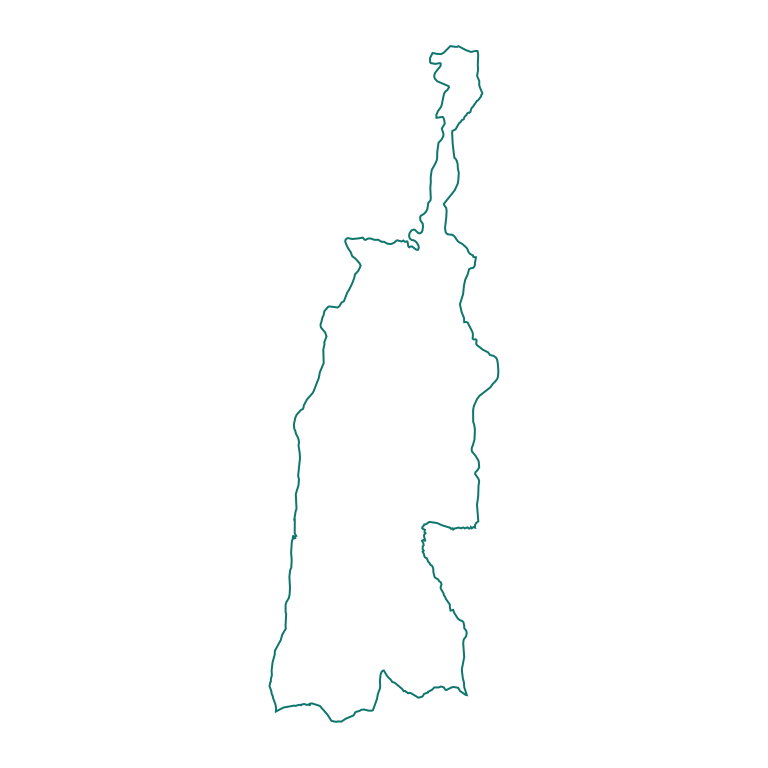 Bituima, Cundinamarca, Colombia (Robinson projection)
{"feature_id": "7082276B83623013495756", "entity_name": "Bituima", "entity_type": "district", "adm_level": 2, "iso_a3": "COL", "parent_name": "Colombia", "parent_adm1": "Cundinamarca", "projection": "robinson", "projection_center": [-74.523, 4.866], "detail": "fine", "context": "isolated", "style": "outline", "palette": "teal", "viewbox_px": 768, "rotation_deg": 0, "n_neighbors": 0, "source": "geoboundaries", "source_scale": "gbopen_adm2", "svg_char_len": 6086}
<svg xmlns="http://www.w3.org/2000/svg" viewBox="0 0 768 768"><path d="M402.3,689.1L403.6,691.2L405.2,691.0L408.1,693.3L409.6,692.8L410.8,693.1L418.5,697.7L421.9,696.8L422.9,695.9L424.1,693.9L428.0,692.5L428.1,691.8L432.0,689.8L434.4,687.4L438.4,687.5L441.1,686.5L443.8,687.4L445.3,689.6L446.2,690.1L451.5,687.4L453.7,687.0L458.2,687.8L460.0,691.0L465.5,694.8L466.8,695.1L464.2,687.1L464.0,682.9L462.7,677.5L461.8,669.6L464.2,657.0L463.2,643.1L463.5,640.7L463.9,639.2L466.2,636.2L466.7,632.6L466.2,630.7L464.2,628.1L464.2,625.7L463.5,622.4L462.2,620.9L460.3,620.4L458.0,618.8L454.3,613.0L453.2,609.9L450.6,610.6L449.9,607.7L449.8,604.5L445.8,598.8L445.2,597.0L444.0,595.4L443.4,593.1L440.8,588.7L440.6,587.1L441.5,584.6L441.0,582.5L439.3,581.3L438.0,579.3L435.3,577.8L434.6,577.0L433.4,572.2L433.2,568.3L432.2,566.0L430.2,564.6L429.6,563.0L428.2,561.8L426.8,558.2L425.4,557.7L424.5,556.6L423.8,553.7L422.6,551.8L423.7,550.7L422.7,549.6L422.7,546.4L423.7,545.2L423.3,543.1L422.0,540.8L423.2,540.0L424.0,540.0L424.7,540.7L425.2,540.5L423.9,535.8L424.5,534.2L425.5,533.3L424.5,532.1L424.9,529.8L422.8,528.9L422.2,528.2L422.3,527.2L423.7,525.7L424.2,524.5L425.8,524.3L429.4,521.9L437.0,523.0L441.8,525.2L450.2,527.8L451.0,528.8L452.7,528.3L453.2,529.5L454.7,528.5L458.4,527.6L461.2,528.3L462.2,527.7L463.6,527.6L464.8,528.4L467.6,527.4L469.0,528.6L470.5,528.0L470.9,527.1L471.8,528.3L473.4,527.1L475.1,527.7L474.9,526.5L475.2,524.7L476.1,523.1L478.3,521.3L477.0,504.7L478.2,496.1L478.5,486.0L479.2,481.1L478.3,478.5L475.1,474.0L475.5,472.2L477.6,470.1L479.2,467.4L478.7,461.3L478.1,460.0L475.6,455.9L472.0,451.5L471.6,449.5L472.0,447.0L472.7,445.9L474.5,439.4L474.9,429.4L474.3,425.2L473.2,421.7L473.1,410.1L473.9,405.9L477.0,399.1L479.5,395.8L490.3,387.4L492.7,384.0L495.5,381.2L497.3,378.7L498.0,376.6L498.4,371.0L497.7,362.8L497.2,360.1L496.2,357.8L493.5,355.8L490.1,355.1L488.0,352.3L482.8,349.7L476.6,344.8L476.2,343.7L476.6,340.2L475.7,339.3L473.9,339.5L472.7,338.8L472.9,333.9L472.3,331.7L467.6,322.5L466.5,322.0L464.2,322.2L464.0,318.0L461.6,312.1L459.9,304.3L463.1,294.1L464.0,285.5L465.2,279.8L467.5,274.9L469.1,269.2L470.8,268.3L473.5,267.7L474.2,266.6L474.9,265.0L475.0,262.4L476.0,257.3L473.4,257.0L473.0,255.5L469.8,253.7L468.4,251.8L467.4,249.0L466.2,247.4L461.9,243.6L459.8,242.7L457.7,241.1L454.4,236.3L452.4,234.8L447.7,234.3L446.7,233.6L445.7,232.1L445.0,228.2L446.3,217.0L446.6,210.7L446.2,207.9L444.2,205.2L443.9,203.8L454.7,190.3L457.8,183.5L458.4,179.3L458.8,172.7L457.9,168.7L457.6,164.0L456.7,160.7L455.4,158.5L454.4,157.8L454.1,155.6L452.7,144.0L452.1,132.4L452.4,130.9L455.6,129.3L459.0,123.3L460.8,121.9L461.7,120.2L463.7,119.3L464.6,116.7L466.2,115.3L467.5,113.1L468.5,112.6L469.2,112.9L470.3,112.0L471.5,108.2L473.1,106.5L476.9,100.9L478.0,100.4L481.0,96.5L481.4,94.7L482.1,94.1L482.3,93.1L479.9,87.4L479.2,84.9L479.3,81.2L477.1,75.9L478.1,69.8L477.8,64.9L478.2,54.8L477.6,51.1L475.5,50.9L471.4,51.9L470.5,51.8L465.9,50.1L458.5,46.2L457.3,46.8L455.0,46.8L450.3,46.1L443.8,52.7L441.1,54.1L437.3,53.9L432.5,53.0L430.0,58.2L430.2,62.4L430.8,63.1L435.3,63.9L439.9,63.1L440.7,63.5L440.6,65.9L435.3,72.5L434.3,75.0L434.4,77.5L435.0,78.8L437.3,81.3L448.5,86.1L449.0,87.3L447.3,90.1L445.4,91.5L444.0,93.8L441.6,105.4L440.7,107.4L437.9,111.2L436.3,115.1L436.5,117.8L442.6,116.9L443.3,117.6L444.1,119.7L444.8,123.6L441.8,128.5L443.5,134.0L443.3,136.1L441.6,139.5L438.5,142.8L437.3,151.6L437.1,158.8L436.6,160.6L435.8,162.7L431.7,170.0L430.7,177.2L430.8,182.5L430.3,187.9L430.8,198.4L430.4,200.5L428.3,202.9L427.4,208.8L426.1,211.6L423.9,213.9L420.7,215.9L420.1,217.4L420.4,220.4L422.7,223.6L423.0,226.5L422.5,230.4L421.5,232.4L420.0,233.3L419.0,233.3L418.1,232.9L414.8,229.8L413.6,229.6L411.7,230.3L410.0,232.4L409.4,233.8L409.1,235.7L409.4,237.5L410.2,238.9L411.9,240.1L413.7,240.3L415.1,241.1L416.5,242.3L418.4,245.4L418.8,247.8L418.0,249.8L416.3,249.7L411.9,246.4L410.4,246.6L409.3,247.3L408.9,247.0L408.3,246.3L407.5,241.6L407.0,241.3L404.9,241.8L403.3,240.5L401.5,241.5L397.3,240.3L396.3,240.7L394.5,242.4L393.0,243.3L390.4,244.1L387.2,243.6L384.1,241.8L381.6,241.8L378.3,239.8L374.3,239.8L370.6,238.5L368.2,238.5L365.5,239.9L364.6,239.7L362.8,237.6L358.6,238.4L352.3,239.0L347.8,238.1L346.5,238.7L345.3,240.2L345.3,241.9L346.6,245.2L348.0,248.1L350.7,252.1L352.2,256.1L355.5,258.7L359.5,263.2L360.6,265.4L360.1,267.1L358.3,270.8L355.0,274.4L354.3,277.8L352.1,283.6L349.0,289.9L347.2,292.7L343.9,301.3L341.6,302.5L339.4,306.2L337.6,307.5L329.4,306.4L328.1,306.9L324.3,311.3L323.6,315.3L322.4,317.5L321.4,322.1L320.6,323.9L320.6,326.0L321.0,327.5L325.2,332.6L326.5,336.4L324.3,342.3L324.5,344.2L323.3,349.5L323.7,363.1L319.9,372.1L318.8,377.9L313.7,391.1L312.6,393.1L307.1,399.3L303.8,405.4L303.5,407.7L302.8,409.1L301.0,409.9L296.6,414.8L295.2,418.1L293.9,424.5L294.3,428.9L295.3,430.9L295.9,433.6L298.1,437.9L299.1,442.0L298.5,445.4L299.7,453.1L300.0,457.9L298.2,475.2L298.2,476.7L299.0,479.0L298.5,485.2L295.8,494.1L296.5,508.8L295.7,511.0L294.3,519.5L294.8,519.5L294.7,533.4L296.2,535.9L294.5,536.4L295.3,538.0L294.3,538.4L293.0,535.4L293.0,537.3L291.8,542.0L291.1,552.5L291.7,559.9L291.3,567.6L290.1,570.4L289.4,576.7L290.0,588.1L289.6,594.6L288.8,598.1L286.4,602.1L285.6,604.6L285.6,612.3L286.2,613.8L285.5,626.1L285.9,628.5L282.2,634.7L280.8,640.0L274.9,650.8L274.7,654.7L272.6,662.2L271.6,670.5L271.9,675.2L270.9,678.9L270.8,681.7L270.3,682.1L269.6,685.6L269.6,686.6L271.2,690.7L271.8,694.3L272.6,695.6L273.0,697.8L275.5,704.6L276.1,708.5L275.9,711.5L283.6,707.5L294.2,705.6L295.5,705.9L298.9,704.8L301.3,705.2L301.7,704.5L304.2,704.0L306.9,704.9L309.1,704.4L309.4,705.1L310.0,704.9L310.0,703.7L312.0,703.4L319.8,705.9L327.3,714.4L331.5,720.9L336.3,721.9L337.5,721.4L341.4,721.6L345.6,718.8L352.9,715.7L353.8,715.1L355.1,712.6L355.9,711.9L359.5,710.9L361.3,709.8L364.1,709.5L368.7,710.7L372.0,710.7L373.0,710.0L377.0,698.9L377.9,693.9L379.9,688.6L380.2,685.7L379.9,681.4L380.5,674.9L381.3,672.4L382.5,670.9L383.8,670.5L386.6,675.2L388.4,677.6L390.6,679.5L392.3,682.0L394.1,682.5L396.2,683.9L402.3,689.1Z" fill="none" stroke="#0f766e" stroke-width="2"/></svg>